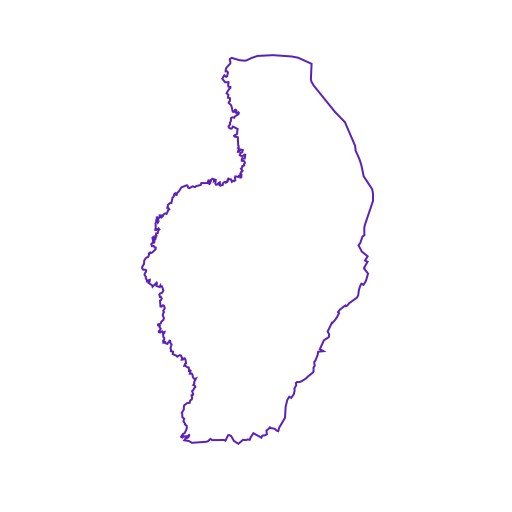 outline of Na Pho, Buri Ram, Thailand, rotated 206°
{"feature_id": "78962969B90341089131136", "entity_name": "Na Pho", "entity_type": "district", "adm_level": 2, "iso_a3": "THA", "parent_name": "Thailand", "parent_adm1": "Buri Ram", "projection": "equal_earth", "projection_center": [102.972, 15.699], "detail": "fine", "context": "isolated", "style": "outline", "palette": "violet", "viewbox_px": 512, "rotation_deg": 206, "n_neighbors": 0, "source": "geoboundaries", "source_scale": "gbopen_adm2", "svg_char_len": 6109}
<svg xmlns="http://www.w3.org/2000/svg" viewBox="0 0 512 512"><g transform="rotate(206 256 256)"><path d="M239.7,58.9L235.1,60.3L231.7,60.0L219.6,67.0L217.9,68.5L216.8,71.6L214.7,71.3L204.1,76.6L202.5,76.6L202.5,82.7L201.7,83.3L199.4,83.3L194.8,80.1L189.5,79.5L187.1,85.1L184.1,86.2L183.2,87.4L181.1,88.0L181.3,90.7L180.7,95.6L171.5,95.1L171.7,96.8L171.2,97.7L169.8,98.3L168.1,100.5L170.1,103.7L169.0,105.8L168.4,108.1L167.5,107.8L163.5,108.9L160.7,108.1L159.2,108.3L159.9,111.8L159.0,123.3L163.3,133.6L164.8,140.4L164.4,144.1L162.2,143.9L161.4,148.3L162.3,152.1L163.4,153.6L163.2,157.6L164.5,159.2L163.9,160.7L161.7,161.7L159.9,163.7L157.2,168.2L156.5,170.5L153.9,175.8L153.7,177.6L155.4,180.9L155.1,183.1L157.2,186.1L156.8,188.3L157.2,194.0L158.2,197.2L153.7,200.0L157.8,200.3L158.0,210.1L155.0,215.0L155.9,217.7L158.5,219.5L158.5,229.1L158.1,229.0L157.0,232.7L156.4,236.3L156.3,241.1L157.7,241.5L157.1,244.4L154.9,249.1L154.0,250.6L153.5,250.2L152.3,251.3L151.6,254.3L147.0,262.9L146.9,265.4L148.7,270.9L149.2,274.9L149.1,277.3L146.7,277.2L146.3,282.0L147.6,289.3L153.3,292.1L153.1,292.6L153.7,293.0L153.2,299.7L156.0,299.7L155.5,304.7L162.7,306.3L168.5,310.5L168.0,313.3L168.8,320.1L167.7,322.2L170.9,328.5L171.7,331.2L175.0,356.9L178.3,363.5L180.9,367.0L194.1,374.8L201.1,383.8L205.6,388.5L212.7,394.4L215.2,398.5L234.8,415.3L248.1,420.1L278.9,434.5L282.6,437.0L284.1,438.8L290.3,453.1L305.0,452.7L311.6,450.9L328.7,444.0L342.3,436.5L346.7,432.2L350.3,427.6L352.0,426.5L356.5,424.8L364.7,423.4L365.7,421.8L365.6,420.8L364.0,419.1L363.5,417.7L365.0,412.8L365.1,411.3L364.6,409.3L364.2,408.6L363.0,409.3L361.7,408.8L360.8,405.0L361.4,403.9L363.7,404.5L364.1,400.6L359.8,398.6L357.0,400.2L356.5,399.6L356.0,397.3L354.9,396.1L353.1,396.7L352.7,395.7L353.5,393.6L353.8,389.4L351.4,388.7L350.6,386.0L348.6,386.4L347.4,384.1L347.9,382.5L347.7,381.6L345.1,380.9L343.6,379.8L340.2,375.5L339.0,375.7L338.9,378.1L338.5,378.5L337.5,378.3L337.4,376.8L336.6,375.9L335.9,376.1L335.0,377.5L334.2,377.2L333.9,375.7L336.0,372.5L336.2,370.7L338.1,370.3L338.9,368.9L337.7,366.2L337.9,364.4L336.9,362.9L337.5,361.2L337.4,360.3L336.3,359.4L334.8,359.3L333.7,359.9L333.5,362.2L328.2,362.1L326.6,357.3L328.4,354.5L327.7,353.9L324.4,354.8L320.7,348.0L319.7,347.1L319.5,345.4L318.9,345.6L318.5,345.1L317.9,341.7L317.0,342.2L316.4,345.0L314.3,345.4L313.9,343.1L315.0,342.0L314.9,339.6L312.1,339.4L310.7,342.2L310.0,342.3L308.9,338.7L311.2,337.5L311.3,337.0L310.5,335.3L308.8,336.1L307.5,335.7L306.7,334.6L307.1,333.2L306.3,332.1L307.8,330.8L307.2,329.3L307.8,327.9L305.4,326.7L305.4,326.0L306.1,325.8L306.2,323.3L304.8,322.9L303.7,320.2L304.5,319.6L306.0,321.3L306.6,320.7L306.7,319.2L309.5,318.5L309.3,317.3L307.8,314.9L308.6,313.6L309.6,313.7L310.2,312.1L312.2,313.9L313.4,313.4L314.8,313.5L314.9,311.7L314.2,311.3L314.3,310.0L315.0,309.8L315.3,308.6L316.4,309.0L317.4,307.6L317.6,306.7L317.0,305.5L318.9,303.5L319.9,303.8L319.9,305.0L320.8,306.4L321.9,304.7L322.0,303.4L323.2,302.5L324.4,303.4L325.5,306.7L326.0,306.7L326.7,304.9L327.3,306.5L329.1,306.3L329.8,304.7L329.4,303.8L329.6,302.5L329.1,301.6L329.4,300.3L330.1,300.4L330.5,303.5L331.9,303.1L331.7,300.2L337.1,297.6L336.9,295.5L340.3,292.7L341.0,291.2L343.5,290.8L345.7,287.7L346.9,287.7L348.5,289.3L349.2,289.3L353.1,285.0L353.7,280.0L354.6,277.9L354.1,276.1L354.8,275.9L356.1,276.9L356.6,275.6L356.0,273.4L356.6,271.9L355.3,266.5L356.6,265.7L357.6,263.2L357.1,262.2L356.9,260.4L355.8,260.7L354.4,259.9L355.2,258.4L354.8,257.2L354.9,254.6L355.8,254.7L356.8,253.9L357.4,252.1L357.2,251.1L358.0,249.3L358.5,249.6L358.8,251.0L360.4,250.3L359.4,248.2L360.3,247.3L361.6,247.6L362.1,247.2L361.7,246.6L361.3,244.3L360.1,244.3L359.6,245.5L358.8,244.5L358.9,242.9L359.5,243.4L360.6,243.3L360.7,241.4L358.7,237.9L358.0,235.3L357.1,235.6L357.0,236.7L356.2,236.8L355.7,238.1L354.5,237.6L355.0,236.3L354.4,233.3L355.6,232.6L355.1,230.8L354.2,230.4L354.4,229.5L353.9,227.3L355.9,227.0L355.6,228.0L356.3,228.7L357.1,227.0L355.4,224.8L354.1,225.6L353.4,223.8L353.6,223.1L354.7,223.0L355.3,220.8L353.9,219.2L352.4,220.1L350.7,219.3L349.8,219.6L349.2,218.0L350.8,213.7L351.8,212.5L352.7,212.8L353.4,211.2L352.7,210.4L352.5,207.8L354.0,206.3L354.5,203.1L353.2,199.7L353.5,196.2L352.9,195.0L351.4,194.2L349.2,195.2L348.5,195.0L348.0,193.7L348.3,191.7L348.0,190.2L345.9,189.1L345.4,187.7L343.7,186.7L342.9,185.2L341.9,185.6L341.8,187.2L341.0,188.0L340.4,186.2L340.6,184.7L336.5,184.1L335.5,183.0L333.6,188.5L333.0,188.0L332.9,186.2L332.3,185.4L328.9,185.9L329.0,187.6L328.3,186.9L327.3,187.5L324.1,184.4L324.2,182.0L325.9,180.0L326.0,178.9L324.4,177.1L323.7,177.6L322.1,176.5L322.1,174.8L322.7,173.8L319.7,168.7L318.9,168.9L318.0,171.0L316.9,170.9L315.1,169.1L315.4,166.1L314.1,165.2L314.3,163.7L313.8,161.8L311.5,159.8L311.3,157.8L312.3,155.5L312.0,153.8L313.0,152.3L313.9,151.9L313.9,151.0L313.3,150.6L311.8,151.0L311.3,149.6L309.8,149.0L309.8,147.3L310.4,145.7L309.9,145.0L308.6,145.2L307.4,147.2L306.1,146.5L304.9,147.6L304.7,146.5L305.4,145.2L303.7,142.5L302.3,141.9L301.9,140.5L302.4,139.3L301.3,137.4L300.8,137.6L300.6,138.7L300.1,139.0L298.9,137.9L297.1,138.2L297.1,139.8L296.5,140.9L296.6,142.0L296.0,142.1L294.5,140.0L293.1,139.5L292.5,135.6L291.1,134.4L290.8,133.1L288.6,133.7L287.8,131.3L283.9,131.5L282.6,131.0L281.2,133.3L279.8,133.7L277.8,132.0L277.3,130.2L276.0,131.2L275.7,132.6L275.3,132.8L273.9,131.9L271.8,128.8L272.5,128.1L272.3,125.9L271.6,126.4L269.0,125.9L267.5,126.3L265.7,123.1L265.2,123.3L264.9,124.3L264.5,124.2L263.9,121.2L262.2,122.1L261.3,121.7L259.7,119.6L258.1,118.6L257.1,118.5L256.3,119.5L256.3,115.7L255.6,114.5L255.8,112.6L254.2,112.6L253.1,111.7L253.7,109.6L253.5,108.1L254.2,106.5L251.8,104.2L251.9,103.3L252.9,102.6L251.2,100.5L250.9,98.9L251.8,97.3L251.2,95.1L253.3,93.7L255.0,90.6L255.0,89.5L253.6,86.4L253.9,82.3L253.0,81.6L251.5,78.8L249.3,78.3L248.7,75.6L246.4,74.3L246.1,73.5L243.9,73.1L242.9,71.3L242.5,69.8L242.5,65.5L243.6,64.1L244.1,60.7L242.7,60.4L241.8,62.5L240.6,62.5L239.7,63.5L238.3,63.8L238.1,65.1L237.7,65.8L237.4,65.5L237.3,63.6L238.0,62.3L238.6,62.6L239.2,61.8L239.7,58.9Z" fill="none" stroke="#5b21b6" stroke-width="2"/></g></svg>